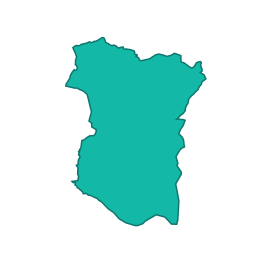 the district of Faskari, Katsina, Nigeria, rotated 292°
{"feature_id": "59680162B51925471610757", "entity_name": "Faskari", "entity_type": "district", "adm_level": 2, "iso_a3": "NGA", "parent_name": "Nigeria", "parent_adm1": "Katsina", "projection": "albers", "projection_center": [7.102, 11.712], "detail": "fine", "context": "isolated", "style": "filled", "palette": "teal", "viewbox_px": 256, "rotation_deg": 292, "n_neighbors": 0, "source": "geoboundaries", "source_scale": "gbopen_adm2", "svg_char_len": 3708}
<svg xmlns="http://www.w3.org/2000/svg" viewBox="0 0 256 256"><g transform="rotate(292 128 128)"><path d="M131.7,187.5L133.4,186.3L137.5,184.1L139.7,181.9L141.7,177.3L146.0,177.2L151.6,178.3L153.8,178.1L156.6,178.1L156.3,175.2L155.6,173.8L155.4,171.9L154.5,169.9L160.2,172.4L162.3,173.8L165.6,174.6L168.0,173.8L169.7,173.8L171.3,173.8L172.8,174.3L174.0,174.2L176.7,173.7L178.0,173.5L180.8,174.5L182.3,175.1L183.5,175.9L185.1,176.5L186.0,176.8L187.7,177.5L189.6,178.5L191.2,178.5L193.4,178.7L194.6,179.2L195.7,179.6L198.4,179.3L201.8,181.3L202.7,181.8L203.1,181.5L205.9,178.4L206.5,174.2L208.7,175.4L209.9,174.8L213.4,171.8L216.2,171.5L216.7,170.2L214.8,167.5L213.6,166.9L211.6,166.7L209.8,166.4L208.1,165.4L207.5,164.3L207.7,162.0L209.4,155.6L209.1,152.8L210.2,151.9L214.9,149.9L214.8,144.1L214.3,142.7L212.4,141.5L211.1,140.2L208.9,137.1L208.9,135.4L208.7,132.7L208.2,129.0L205.8,125.8L204.4,125.0L202.2,123.4L200.4,122.3L195.2,114.9L195.3,114.3L195.3,113.2L196.4,112.3L197.2,111.0L197.3,108.8L198.2,109.2L198.5,109.4L198.8,109.2L199.2,108.9L199.4,108.4L199.2,108.2L198.8,107.7L198.9,107.3L199.3,106.5L200.3,106.0L201.2,105.5L201.6,105.0L201.8,104.5L201.6,101.8L201.4,99.9L200.8,98.4L200.7,96.7L199.9,96.0L199.7,95.3L200.1,94.0L201.2,93.5L201.0,92.3L200.1,91.4L199.7,90.6L198.8,89.7L198.6,89.0L199.7,85.4L199.6,84.1L199.4,83.4L198.9,83.1L198.4,82.4L198.4,81.8L198.2,80.3L198.9,78.0L198.8,77.1L199.1,75.1L201.3,73.4L201.6,73.0L201.8,72.7L202.5,72.1L202.4,70.6L202.1,70.1L200.7,69.1L197.3,66.6L196.3,65.7L195.9,65.1L195.9,64.4L195.1,63.9L194.0,62.8L193.3,61.8L193.4,61.0L193.5,60.0L192.4,59.0L191.8,58.4L191.4,58.1L188.7,54.3L188.2,53.4L186.7,52.6L185.9,51.7L185.3,49.6L184.0,48.0L181.8,46.8L177.9,50.9L174.5,53.8L171.1,54.0L166.9,55.6L167.1,56.2L164.9,58.6L162.5,58.5L161.7,57.4L161.9,56.3L161.6,56.2L158.7,55.3L154.7,54.9L152.3,55.4L145.4,54.2L143.6,54.6L145.0,63.5L145.9,65.8L145.6,68.7L145.6,71.3L145.2,73.9L144.3,76.0L144.0,77.5L129.2,88.1L119.8,89.2L119.7,89.7L118.9,92.5L118.0,92.8L117.0,93.3L115.4,94.0L114.5,99.4L113.2,99.5L112.7,99.8L110.8,99.9L108.8,99.5L108.2,99.2L107.1,97.1L106.8,96.3L106.3,95.3L105.0,94.5L104.3,93.8L100.5,91.6L99.1,89.9L92.4,91.7L90.5,91.6L90.2,91.2L89.9,91.1L89.7,91.3L89.5,91.6L89.2,91.7L88.4,91.9L88.4,91.4L88.1,91.1L87.6,91.0L87.4,91.2L87.1,91.5L87.0,91.9L86.5,91.9L86.4,92.2L85.7,92.3L84.8,92.6L84.7,92.5L84.6,92.3L84.4,92.5L84.1,93.4L83.2,94.5L82.8,94.4L82.6,94.2L82.3,94.2L81.1,94.1L79.7,94.0L79.3,94.3L78.3,94.3L77.1,94.7L76.8,95.0L75.8,95.5L75.0,94.7L74.3,94.7L74.1,94.2L73.7,94.3L73.6,94.7L73.2,95.1L73.1,95.8L72.4,96.5L71.7,96.6L71.3,97.1L70.8,97.1L70.1,97.3L69.1,97.5L68.7,98.1L67.8,98.1L67.1,98.2L66.8,98.5L65.9,98.9L65.7,99.5L64.8,100.3L63.9,100.3L63.0,100.8L62.2,100.8L61.8,100.9L61.2,101.0L60.3,100.9L59.7,99.9L59.2,99.1L58.8,98.4L58.3,97.6L57.9,96.7L57.5,96.0L57.2,96.5L57.0,96.9L56.9,97.9L57.1,98.2L57.4,98.6L57.2,99.1L57.5,99.3L57.5,99.7L57.2,100.0L56.9,99.9L56.4,100.0L55.8,100.1L55.3,100.2L55.2,100.5L55.4,100.9L55.3,101.1L55.1,101.7L54.5,102.5L54.1,103.1L53.6,103.3L53.6,103.7L53.8,104.4L53.0,106.1L52.3,108.2L51.7,109.9L50.4,111.0L50.6,112.1L51.6,113.2L51.5,114.7L50.9,116.0L51.5,119.4L51.1,123.0L51.1,125.1L50.9,126.3L49.8,128.5L49.9,130.4L48.7,133.1L47.4,136.0L45.5,140.4L44.3,146.1L42.6,149.7L40.5,153.9L39.3,161.7L39.5,163.4L40.2,171.1L41.1,173.4L44.9,177.6L48.0,178.8L51.6,181.5L56.4,185.3L57.5,186.1L58.1,186.6L58.3,187.9L58.7,191.1L58.9,192.4L59.0,193.7L59.3,195.3L58.4,197.5L57.8,198.9L56.9,200.8L55.2,204.3L57.0,209.2L61.4,208.6L65.5,207.2L67.6,206.5L79.6,202.4L94.0,193.2L97.9,193.7L105.0,194.7L107.1,193.9L111.5,187.4L113.7,187.6L119.5,183.2L127.7,184.5L129.6,185.6L131.7,187.5Z" fill="#14b8a6" stroke="#0f766e" stroke-width="1.5"/></g></svg>